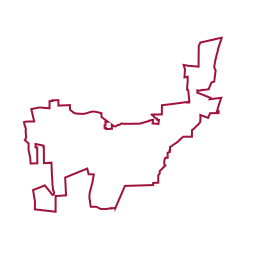 Teya, Yucatán, Mexico, rotated 263°
{"feature_id": "50627088B95040904280046", "entity_name": "Teya", "entity_type": "district", "adm_level": 2, "iso_a3": "MEX", "parent_name": "Mexico", "parent_adm1": "Yucatán", "projection": "robinson", "projection_center": [-89.064, 21.057], "detail": "fine", "context": "isolated", "style": "outline", "palette": "rose", "viewbox_px": 256, "rotation_deg": 263, "n_neighbors": 0, "source": "geoboundaries", "source_scale": "gbopen_adm2", "svg_char_len": 3652}
<svg xmlns="http://www.w3.org/2000/svg" viewBox="0 0 256 256"><g transform="rotate(263 128 128)"><path d="M206.2,231.9L204.0,210.1L203.5,210.0L200.8,208.2L180.3,205.5L182.4,195.4L183.2,192.9L183.8,190.9L179.2,191.7L171.3,190.2L171.7,193.4L167.6,193.0L159.2,191.3L158.9,191.3L158.8,192.0L157.1,192.4L151.7,192.2L147.2,192.2L147.2,191.9L145.8,191.8L145.9,191.1L146.1,189.5L146.6,189.5L146.4,173.8L146.5,164.5L137.3,163.2L138.5,153.2L138.4,153.1L133.2,157.8L133.3,158.0L132.5,158.0L132.2,159.7L128.3,158.7L129.5,153.0L133.1,153.9L133.1,153.1L132.7,149.8L132.4,149.8L131.0,140.8L131.0,140.6L130.9,140.6L131.0,139.2L131.3,136.3L131.8,131.5L132.6,125.0L133.0,122.9L133.2,122.7L133.0,121.2L132.3,120.3L132.2,119.4L132.3,118.7L132.1,117.9L131.6,117.2L131.1,116.0L131.2,115.3L131.2,114.9L131.4,114.3L132.9,112.8L132.9,112.7L133.3,112.3L129.2,112.0L129.6,106.2L130.6,106.3L130.7,104.8L133.4,105.0L133.6,106.1L136.8,106.3L136.6,108.8L142.2,103.0L143.6,103.2L146.0,103.4L146.1,102.4L146.6,101.9L148.4,96.6L148.5,96.2L148.6,94.1L148.4,92.2L147.7,88.9L147.5,86.9L147.5,85.1L147.7,83.6L148.1,81.3L148.4,79.6L149.1,77.1L149.7,76.1L153.2,72.7L154.1,72.8L155.9,72.9L157.8,73.1L158.7,61.7L164.1,62.3L164.7,56.3L164.0,56.3L164.2,53.4L157.1,52.5L159.2,42.5L158.5,34.3L145.9,35.7L146.8,28.1L146.5,25.5L143.2,25.7L141.2,26.3L139.9,26.5L137.1,26.0L131.6,25.8L131.0,25.3L129.7,25.2L128.5,24.1L124.8,27.5L118.6,26.6L110.6,27.3L104.6,27.0L104.0,33.7L118.3,35.3L119.8,35.5L120.0,33.9L123.4,34.3L120.8,42.0L119.2,41.7L119.1,42.1L115.0,41.6L103.4,40.3L102.8,45.9L103.1,45.9L103.0,47.8L92.5,46.9L91.7,46.8L88.9,46.7L83.1,46.3L81.4,46.1L78.7,46.1L76.0,46.1L74.8,46.3L74.7,46.2L73.4,46.7L72.9,46.8L71.0,46.2L70.8,44.8L73.9,43.0L75.0,42.3L77.4,40.8L79.8,39.3L81.2,38.5L80.0,34.1L79.1,30.6L78.0,26.2L66.2,26.7L58.6,25.6L53.7,45.9L69.3,47.9L68.7,58.3L86.5,59.6L92.7,82.6L86.9,83.3L86.1,88.4L78.2,86.0L69.1,82.4L67.2,81.8L63.0,81.1L60.3,81.4L59.6,81.3L58.5,81.3L57.8,81.3L57.1,81.3L55.4,81.4L54.4,81.4L54.1,83.0L53.9,84.7L53.8,86.3L53.6,87.0L53.2,87.8L52.4,88.9L51.7,89.8L51.3,90.4L51.0,91.2L50.9,91.5L50.8,92.2L50.7,93.1L50.7,94.1L50.5,95.0L50.3,95.7L50.2,96.1L50.2,96.6L50.3,97.0L50.3,97.7L50.5,101.3L50.2,101.3L50.3,105.6L50.1,105.6L49.9,105.6L70.9,117.9L69.6,131.7L68.3,146.0L70.4,146.3L70.0,151.4L76.1,152.1L77.3,152.2L78.8,153.9L80.5,154.1L81.4,154.3L86.3,160.5L86.9,159.7L87.5,159.7L88.1,159.7L88.6,159.8L89.6,159.8L90.5,159.9L91.6,160.3L92.4,160.6L93.0,160.8L93.5,161.2L93.5,161.3L94.0,161.6L93.7,163.1L93.6,163.7L95.2,163.9L96.0,164.0L96.8,164.1L97.6,164.2L98.6,164.3L99.0,165.4L99.2,166.7L99.7,166.6L101.0,166.6L101.0,167.1L102.1,167.2L104.1,167.5L104.7,169.0L105.0,169.6L105.7,170.7L107.3,173.9L108.1,175.3L109.0,176.9L110.0,177.8L110.5,178.8L110.8,179.0L111.3,179.6L112.6,181.8L112.3,184.3L112.3,185.0L112.1,186.0L112.0,186.7L111.8,188.4L111.6,190.4L114.1,190.7L118.0,191.2L118.6,192.1L119.0,192.9L119.1,193.0L120.4,194.8L121.4,195.9L122.9,198.2L123.3,198.5L123.9,199.1L125.1,200.4L127.1,200.7L127.1,200.9L129.7,201.2L132.1,201.4L128.3,208.7L132.7,211.3L132.5,212.6L132.3,214.8L132.1,216.5L131.7,219.7L133.7,219.9L133.6,218.3L134.3,218.6L137.1,219.8L138.5,220.4L139.0,220.6L140.8,221.4L142.3,222.2L142.8,222.4L143.6,222.8L144.7,223.3L145.4,223.6L146.0,224.0L146.6,224.3L146.6,212.6L147.9,213.5L154.6,201.1L156.9,201.4L156.7,201.9L156.3,203.7L156.8,206.5L156.7,207.1L156.6,208.4L156.5,209.7L156.7,212.9L157.9,213.4L163.1,216.5L163.5,219.2L163.8,219.3L174.6,222.0L176.8,221.2L178.2,221.0L180.4,221.7L185.3,223.1L185.3,223.3L189.7,224.8L192.3,226.0L195.3,227.0L197.0,227.7L198.1,228.2L198.7,228.5L204.7,231.4L206.2,231.9Z" fill="none" stroke="#9f1239" stroke-width="2"/></g></svg>